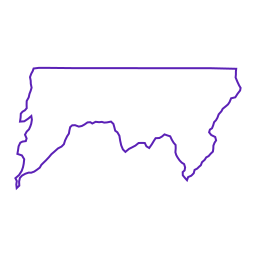 Ibatiba, Espírito Santo, Brazil
{"feature_id": "56859067B8858770824272", "entity_name": "Ibatiba", "entity_type": "district", "adm_level": 2, "iso_a3": "BRA", "parent_name": "Brazil", "parent_adm1": "Espírito Santo", "projection": "robinson", "projection_center": [-41.564, -20.272], "detail": "fine", "context": "isolated", "style": "outline", "palette": "violet", "viewbox_px": 256, "rotation_deg": 0, "n_neighbors": 0, "source": "geoboundaries", "source_scale": "gbopen_adm2", "svg_char_len": 2189}
<svg xmlns="http://www.w3.org/2000/svg" viewBox="0 0 256 256"><path d="M33.6,68.5L32.7,71.1L31.3,73.6L30.0,77.1L30.7,80.7L30.8,83.8L31.6,87.7L30.6,91.0L29.5,93.8L28.7,97.4L26.7,101.0L26.6,104.5L26.7,108.2L24.9,110.3L22.5,111.7L20.8,113.7L20.6,117.6L20.0,121.6L24.3,121.3L28.3,118.6L31.3,116.0L31.9,119.7L31.2,123.8L30.3,126.4L29.0,129.3L26.7,131.6L25.0,134.7L26.6,138.4L25.8,141.1L22.5,141.6L20.3,142.7L18.6,146.3L18.0,150.4L17.4,153.9L21.9,155.4L24.2,159.2L23.7,163.8L23.0,167.2L21.7,170.9L19.0,175.1L15.4,178.2L16.8,181.0L16.3,184.5L16.7,188.1L19.3,185.6L19.1,181.6L19.9,177.9L22.0,175.6L25.4,173.7L28.7,172.6L31.2,172.7L34.2,171.6L37.0,169.7L39.8,167.6L41.3,164.9L43.4,162.8L45.9,160.4L49.0,157.1L51.4,154.2L54.3,151.7L58.0,148.4L61.5,146.6L63.9,144.2L65.1,140.4L67.1,136.3L68.9,133.6L69.4,130.5L70.2,127.1L72.2,125.3L75.1,125.2L78.8,126.6L81.8,126.0L84.5,124.5L87.5,122.4L90.3,122.2L92.3,123.5L95.6,121.8L99.1,122.2L101.9,121.9L104.2,122.6L106.9,122.4L111.0,121.6L113.4,123.9L114.3,127.1L115.2,130.7L117.4,132.3L119.4,135.8L120.2,140.8L121.2,145.3L122.9,149.4L125.4,151.9L129.0,148.9L131.8,147.5L135.4,145.6L138.6,143.0L141.9,142.9L144.8,143.0L146.4,146.3L149.2,148.0L151.8,144.3L153.9,140.8L155.6,138.2L159.4,138.0L161.9,136.6L164.5,134.4L167.9,135.6L170.2,136.3L171.8,139.7L173.6,142.7L175.6,145.0L175.7,148.4L175.4,152.3L176.3,155.2L177.6,157.5L179.6,160.4L181.7,162.6L184.1,164.1L185.1,167.4L184.6,170.4L182.7,172.1L182.8,175.3L185.2,178.2L187.0,180.2L188.1,177.1L191.3,175.7L193.7,173.3L194.6,169.9L197.2,168.6L199.0,166.8L200.8,165.3L202.0,162.2L204.7,159.8L206.2,157.4L208.6,156.1L210.5,153.9L212.9,151.6L213.3,148.7L213.4,145.6L214.6,142.6L216.1,140.4L215.2,137.0L211.2,135.0L209.1,132.3L209.9,129.6L212.0,128.3L213.2,125.3L214.1,122.2L216.0,120.2L217.4,117.8L218.7,114.3L221.4,111.3L222.7,108.8L225.8,106.3L228.0,104.4L229.6,102.0L231.1,98.3L235.3,97.3L237.6,93.7L240.1,90.5L240.6,87.9L239.1,85.4L237.4,81.8L235.6,77.5L235.9,74.6L235.9,71.5L236.2,68.8L210.2,68.2L207.2,68.2L189.7,68.2L185.4,68.2L180.7,68.2L166.8,68.2L141.5,68.2L130.0,68.1L105.4,68.1L89.8,68.1L85.2,68.1L71.4,68.1L50.2,67.9L47.7,67.9L38.5,67.9L33.6,68.5Z" fill="none" stroke="#5b21b6" stroke-width="2"/></svg>